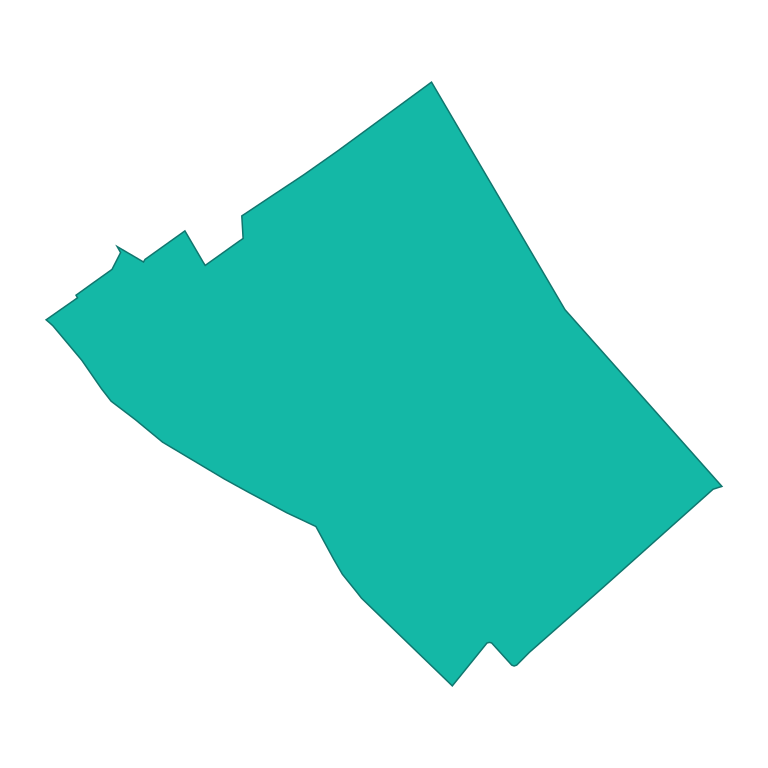 outline of Malvinas Argentinas, Buenos Aires, Argentina
{"feature_id": "61730980B61518535175442", "entity_name": "Malvinas Argentinas", "entity_type": "district", "adm_level": 2, "iso_a3": "ARG", "parent_name": "Argentina", "parent_adm1": "Buenos Aires", "projection": "equal_earth", "projection_center": [-58.734, -34.486], "detail": "fine", "context": "isolated", "style": "filled", "palette": "teal", "viewbox_px": 768, "rotation_deg": 0, "n_neighbors": 0, "source": "geoboundaries", "source_scale": "gbopen_adm2", "svg_char_len": 700}
<svg xmlns="http://www.w3.org/2000/svg" viewBox="0 0 768 768"><path d="M356.5,591.8L361.5,598.2L452.3,685.9L487.0,643.0L489.4,642.4L491.6,642.9L511.7,665.1L514.1,666.0L516.7,665.1L529.3,652.4L599.8,590.3L713.1,489.2L721.9,486.4L565.0,309.7L431.5,82.1L387.9,114.1L336.6,151.7L303.3,175.1L276.7,192.7L241.8,215.9L243.1,238.5L239.4,241.0L205.2,265.4L203.2,262.2L184.9,230.9L145.0,259.4L143.5,262.0L117.2,246.6L120.6,252.6L112.0,269.4L92.8,283.1L76.0,295.2L77.5,297.8L46.1,319.8L49.1,322.4L52.8,325.7L81.8,360.3L101.5,388.8L111.2,401.3L135.0,419.4L162.6,442.2L224.5,479.1L248.7,492.4L286.8,512.8L315.9,526.5L333.7,559.3L342.4,574.3L356.5,591.8Z" fill="#14b8a6" stroke="#0f766e" stroke-width="1.5"/></svg>